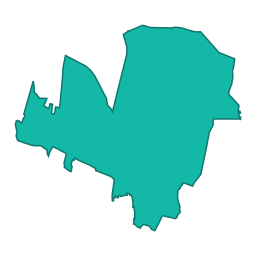 Totolapan, Morelos, Mexico (Natural Earth projection)
{"feature_id": "50627088B61974871985528", "entity_name": "Totolapan", "entity_type": "district", "adm_level": 2, "iso_a3": "MEX", "parent_name": "Mexico", "parent_adm1": "Morelos", "projection": "natural_earth1", "projection_center": [-98.929, 18.996], "detail": "fine", "context": "isolated", "style": "filled", "palette": "teal", "viewbox_px": 256, "rotation_deg": 0, "n_neighbors": 0, "source": "geoboundaries", "source_scale": "gbopen_adm2", "svg_char_len": 4995}
<svg xmlns="http://www.w3.org/2000/svg" viewBox="0 0 256 256"><path d="M170.1,28.0L162.9,27.8L162.2,27.8L161.9,27.8L161.5,27.8L160.8,27.8L160.5,27.8L160.4,27.8L160.2,27.8L159.6,27.8L158.0,27.7L155.9,27.7L153.9,27.7L151.3,27.4L150.3,27.6L148.9,27.1L146.8,26.5L145.2,26.0L144.8,25.9L142.4,25.3L141.4,25.8L141.0,25.9L131.2,30.1L129.5,31.0L129.2,31.0L128.8,30.9L128.3,30.7L127.8,31.2L127.4,31.8L127.1,32.0L126.7,32.3L126.2,32.5L125.7,32.7L125.5,32.9L125.0,33.7L124.8,33.9L124.6,34.0L123.7,34.2L123.3,34.3L126.9,47.0L126.9,50.0L126.8,54.1L125.7,58.6L121.2,76.5L120.8,78.3L120.3,80.0L116.8,94.4L116.3,96.4L115.4,100.0L115.1,101.3L112.5,111.7L111.4,109.3L107.4,104.8L106.4,98.3L104.1,94.0L94.7,75.8L90.4,70.1L85.7,66.1L65.5,55.5L63.2,66.8L62.1,81.9L62.1,82.7L61.9,84.7L61.7,86.9L61.6,87.0L61.6,87.3L61.5,88.2L61.2,91.5L61.0,93.4L60.5,98.8L59.7,106.8L59.2,107.8L55.8,106.8L55.3,108.3L55.0,112.0L54.2,113.7L53.2,114.1L52.1,113.8L51.6,113.0L51.8,111.2L51.9,109.1L52.0,108.0L52.6,104.4L51.7,104.1L50.1,103.7L49.9,104.2L49.5,105.7L49.1,107.7L48.4,108.3L45.9,107.0L43.8,105.6L44.4,104.1L45.3,102.7L45.5,102.1L46.9,98.5L43.1,98.3L42.1,98.3L40.9,98.4L39.8,98.3L38.5,97.0L37.9,96.1L37.4,95.5L36.7,94.6L34.2,91.8L34.0,86.1L33.6,83.0L33.2,81.2L23.8,114.2L24.9,115.9L24.3,117.2L23.3,118.8L22.8,119.9L22.4,121.2L21.9,123.0L21.6,122.8L21.0,122.6L20.3,122.2L19.0,120.7L18.0,121.6L17.1,120.5L16.2,121.1L15.4,124.5L15.7,126.2L16.2,128.3L16.6,130.4L17.1,131.6L16.8,133.1L16.4,134.5L16.2,135.8L16.3,136.6L16.5,136.9L16.9,137.7L17.1,139.1L17.6,140.1L18.1,140.6L18.5,140.9L18.9,141.1L21.5,141.8L23.8,142.7L25.1,143.1L25.3,143.2L27.0,143.7L28.5,144.2L30.3,144.9L31.9,145.3L33.1,145.5L35.8,145.8L37.9,145.6L38.0,145.7L40.3,145.7L41.5,146.2L43.3,147.5L43.5,147.7L44.7,148.4L45.6,149.0L46.1,149.3L47.0,150.0L47.1,152.1L47.3,153.6L47.6,154.5L48.5,156.2L48.6,155.9L48.8,155.2L49.2,154.2L49.6,152.4L50.5,150.9L51.1,149.4L52.2,147.7L52.7,146.5L55.1,147.8L56.7,148.4L58.3,149.3L59.7,150.0L60.6,150.6L61.5,151.1L63.5,152.1L64.8,152.8L66.4,153.7L65.7,156.4L65.2,158.4L64.8,159.9L64.4,161.2L64.2,162.6L64.0,163.9L64.3,164.5L64.6,165.4L64.3,167.1L65.2,167.5L65.2,168.0L66.4,168.7L66.8,169.1L67.8,169.9L69.3,170.9L70.9,171.6L71.5,170.4L71.5,169.5L71.6,168.5L71.9,167.4L72.1,166.7L71.8,165.7L71.1,165.2L71.5,162.8L71.8,161.9L72.0,161.4L72.6,159.7L74.0,160.4L74.7,158.2L76.5,159.1L80.0,161.0L87.5,164.1L89.6,165.0L95.6,168.6L95.7,170.5L95.8,170.5L98.4,171.6L103.8,173.7L108.5,175.6L109.7,176.0L111.6,176.9L114.1,179.5L114.2,180.2L112.6,191.8L112.2,194.5L112.2,195.2L112.2,195.9L112.2,196.2L112.3,200.7L112.9,200.9L113.5,201.0L113.4,198.2L115.0,198.0L114.9,196.1L117.1,197.2L117.2,197.3L118.1,197.9L118.5,197.6L118.3,197.1L118.2,195.9L118.8,195.3L119.7,195.6L120.2,196.2L120.6,196.5L123.1,195.8L123.8,195.8L124.1,195.6L124.5,195.1L124.9,195.0L125.7,195.2L127.0,195.2L126.8,194.6L127.0,194.0L127.2,193.0L127.8,193.3L127.8,193.8L128.8,193.5L129.5,193.7L129.8,195.0L129.9,195.3L131.1,195.2L131.7,195.4L131.7,196.4L132.0,196.7L132.0,197.1L132.1,197.7L132.5,198.3L132.5,199.9L132.8,200.6L132.7,201.3L132.8,202.0L133.1,203.2L133.1,203.7L133.0,205.3L132.8,205.8L132.9,207.4L133.3,207.3L134.3,207.4L134.2,208.2L134.2,209.6L134.7,211.6L134.8,218.6L134.5,219.7L134.3,219.8L134.2,219.7L134.2,219.1L133.9,218.8L133.8,220.4L133.9,221.7L133.9,222.3L133.7,223.5L133.5,224.0L135.2,224.5L136.3,225.9L137.7,227.0L140.1,228.0L140.2,227.4L140.7,227.5L141.0,226.9L142.2,225.2L144.0,224.5L149.1,226.0L149.9,226.8L150.1,227.2L150.9,228.4L151.8,229.3L152.1,229.8L152.7,229.8L153.9,230.2L154.9,230.7L155.0,230.6L156.4,227.6L157.6,225.3L158.6,223.5L162.2,216.1L162.7,215.8L162.9,215.6L165.3,216.4L166.4,216.6L167.0,216.7L167.3,216.8L167.6,216.9L169.9,217.3L170.8,217.5L173.1,218.1L175.3,218.6L176.0,218.2L176.8,217.5L177.1,217.1L177.1,216.9L177.8,214.9L178.1,214.5L179.0,213.4L180.1,212.1L180.3,211.8L179.6,210.5L179.6,209.7L179.5,208.4L180.0,206.7L179.6,205.3L179.0,203.9L178.6,202.7L177.8,199.9L177.8,198.7L177.6,196.3L177.5,194.4L178.0,193.1L177.5,192.4L177.8,190.5L178.0,190.5L178.1,190.1L178.5,189.6L178.8,189.5L180.0,188.2L180.1,188.3L180.3,188.1L180.2,187.8L180.1,187.7L180.1,187.2L180.3,186.5L180.6,186.3L181.0,186.3L181.1,186.2L181.4,185.1L181.7,185.0L182.3,185.0L182.4,184.5L182.7,184.0L182.6,183.6L183.1,183.4L183.6,182.8L184.5,183.0L185.5,183.5L189.1,184.8L190.6,185.4L192.6,186.1L193.1,185.1L193.4,184.5L194.1,182.9L199.3,176.3L200.9,174.2L201.1,173.3L201.2,172.6L203.6,161.0L203.7,160.4L204.9,155.0L205.8,150.6L206.1,149.0L209.4,132.1L212.9,125.6L213.2,122.9L213.1,120.6L213.5,119.0L239.9,119.0L240.3,119.5L240.5,119.4L240.6,117.1L239.6,117.4L238.6,113.2L240.5,113.1L240.5,112.9L240.3,112.7L239.9,111.2L239.1,111.4L238.2,111.5L238.9,105.3L232.4,98.2L228.6,94.2L229.2,90.7L231.0,85.7L231.8,83.9L232.1,81.2L232.6,79.4L232.8,75.3L232.4,70.6L233.4,68.2L234.7,58.9L218.9,52.5L200.5,31.7L197.5,31.9L196.0,31.8L194.3,31.6L192.9,31.3L191.2,30.7L188.2,30.1L187.3,29.7L181.1,27.8L175.7,27.3L170.1,28.0Z" fill="#14b8a6" stroke="#0f766e" stroke-width="1.5"/></svg>